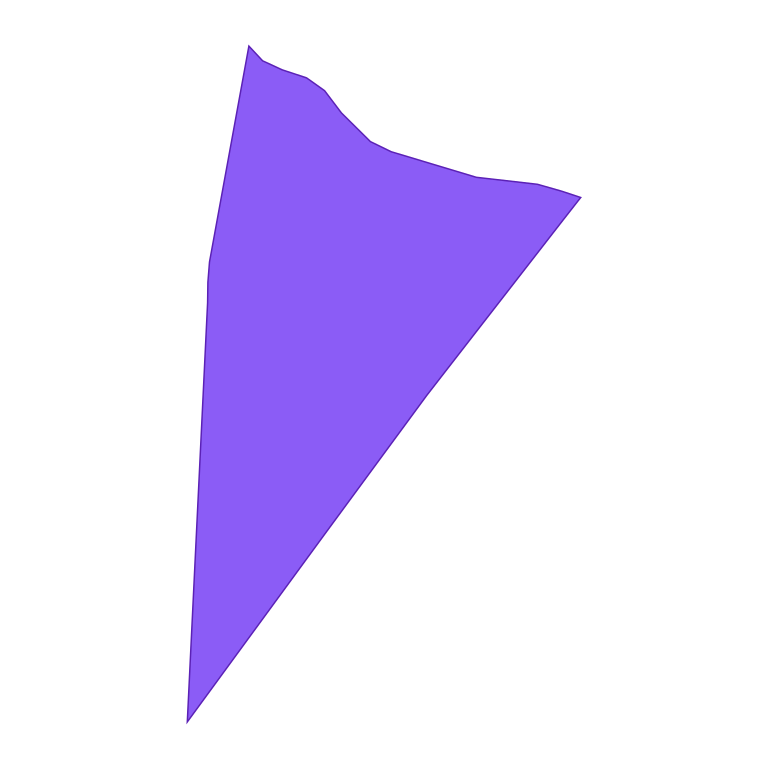 outline of Amparo do São Francisco, Sergipe, Brazil
{"feature_id": "56859067B64009913440528", "entity_name": "Amparo do São Francisco", "entity_type": "district", "adm_level": 2, "iso_a3": "BRA", "parent_name": "Brazil", "parent_adm1": "Sergipe", "projection": "mercator", "projection_center": [-36.916, -10.174], "detail": "fine", "context": "isolated", "style": "filled", "palette": "violet", "viewbox_px": 768, "rotation_deg": 0, "n_neighbors": 0, "source": "geoboundaries", "source_scale": "gbopen_adm2", "svg_char_len": 378}
<svg xmlns="http://www.w3.org/2000/svg" viewBox="0 0 768 768"><path d="M306.6,77.9L282.1,69.8L262.6,60.8L248.9,46.1L209.5,262.0L207.9,282.2L207.6,302.8L187.3,721.9L324.6,534.3L426.6,395.6L445.0,371.9L562.7,220.5L580.7,197.5L562.0,191.3L537.5,184.3L476.3,177.3L391.1,151.7L370.4,141.6L341.4,112.9L324.6,90.7L306.6,77.9Z" fill="#8b5cf6" stroke="#5b21b6" stroke-width="1.5"/></svg>